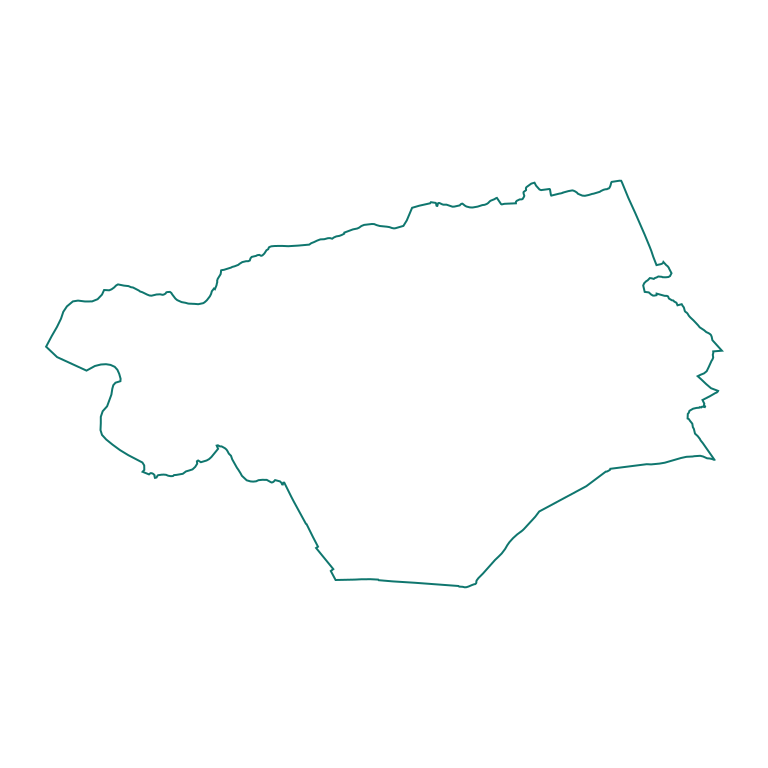 the district of Damienesti, Bacau, Romania
{"feature_id": "2599482B59619146146523", "entity_name": "Damienesti", "entity_type": "district", "adm_level": 2, "iso_a3": "ROU", "parent_name": "Romania", "parent_adm1": "Bacau", "projection": "equal_earth", "projection_center": [27.01, 46.742], "detail": "fine", "context": "isolated", "style": "outline", "palette": "teal", "viewbox_px": 768, "rotation_deg": 0, "n_neighbors": 0, "source": "geoboundaries", "source_scale": "gbopen_adm2", "svg_char_len": 6101}
<svg xmlns="http://www.w3.org/2000/svg" viewBox="0 0 768 768"><path d="M646.7,464.2L651.1,464.4L659.5,463.6L664.8,462.7L681.0,458.0L686.5,456.8L692.6,456.5L694.3,456.2L700.2,455.8L703.1,456.5L707.1,458.3L709.8,458.5L712.3,459.1L714.1,459.8L714.4,459.7L702.8,443.1L700.6,440.4L700.0,439.1L697.8,436.2L695.0,433.6L693.9,429.0L693.5,428.2L692.9,427.3L692.3,423.7L689.9,420.7L689.0,419.3L688.7,419.0L687.6,418.5L687.8,413.9L688.7,412.9L689.5,410.8L693.1,408.7L696.6,407.9L699.2,407.7L699.6,407.2L700.3,407.2L700.7,407.4L701.4,407.4L701.8,406.8L703.0,406.7L704.8,407.1L705.1,406.4L703.9,405.3L704.3,403.7L702.5,400.0L710.1,396.1L715.6,392.9L716.6,392.6L717.8,391.5L718.1,390.9L711.0,388.2L706.1,384.0L701.5,379.6L697.7,376.2L700.7,374.7L704.0,373.4L706.7,371.2L708.7,367.1L711.6,360.7L712.4,359.6L713.2,357.5L712.8,354.8L713.3,352.9L713.2,351.4L721.9,350.7L712.4,340.2L711.7,336.8L711.0,335.1L710.4,334.4L708.7,333.2L706.3,332.1L704.1,330.2L699.7,327.3L698.2,325.4L693.5,320.4L690.2,317.3L688.8,315.7L687.5,313.5L686.5,312.5L685.6,312.0L684.8,311.0L684.0,307.9L683.5,306.9L682.6,305.8L681.7,304.2L677.5,305.3L676.4,302.7L674.3,301.6L673.3,300.5L671.9,300.3L668.9,298.5L668.1,296.5L666.9,295.9L664.5,295.8L656.6,293.6L656.5,295.2L654.3,295.6L653.0,295.6L651.1,294.5L648.8,292.4L644.7,291.9L643.2,285.5L644.2,283.2L646.2,281.2L647.6,280.4L649.8,278.1L651.6,278.3L653.8,278.9L654.8,278.1L656.7,277.4L658.3,276.5L661.8,276.8L662.5,277.2L665.7,277.3L668.4,277.0L670.0,276.1L671.5,273.2L669.1,268.6L668.7,267.6L667.5,266.1L666.3,265.2L663.4,262.0L663.1,262.8L662.4,263.5L660.7,264.2L656.5,265.1L653.3,256.9L651.3,250.9L649.7,246.8L644.7,234.7L635.5,213.6L628.3,197.8L622.1,182.7L621.2,180.8L619.5,180.7L611.7,181.9L611.3,182.4L610.4,185.8L609.5,187.7L608.7,188.5L607.7,188.7L606.9,189.2L605.4,189.3L603.5,189.8L600.8,191.1L599.8,191.8L593.5,193.7L592.2,193.9L588.7,195.0L584.9,195.8L582.3,195.6L579.4,194.4L577.7,193.6L577.2,192.8L575.3,191.5L573.6,190.7L572.3,190.4L568.4,191.1L563.7,192.4L562.9,192.6L562.8,192.8L560.8,193.4L559.4,193.6L551.3,195.6L550.9,194.9L550.3,191.3L550.0,189.5L549.8,189.2L549.4,189.0L541.1,190.1L539.5,189.5L536.1,185.7L534.5,182.7L531.3,183.6L526.5,187.1L526.0,187.9L525.9,188.5L526.1,189.6L526.0,190.2L523.7,191.9L523.5,192.4L523.6,193.6L524.3,195.8L524.0,196.7L522.6,199.0L522.2,199.2L521.3,199.4L519.7,199.4L516.8,200.8L516.0,201.7L515.8,202.6L515.9,203.3L504.5,203.8L501.8,204.4L501.0,204.0L496.9,197.9L496.0,198.2L494.4,199.2L490.7,200.7L489.7,201.4L488.2,203.0L486.7,204.0L484.6,204.8L482.3,205.1L477.7,206.6L472.6,207.5L469.9,207.4L466.4,206.5L465.0,205.7L462.5,203.7L461.9,203.7L460.8,204.2L459.7,205.4L454.3,206.6L452.5,206.7L446.6,204.7L443.4,204.7L441.9,204.2L440.5,203.5L439.3,203.0L438.3,203.1L437.8,203.9L437.5,205.4L437.3,205.9L436.6,205.8L436.3,205.0L436.1,203.7L435.7,202.9L430.9,202.2L430.1,203.3L419.3,205.7L412.1,207.8L406.8,220.4L403.4,225.9L395.5,228.2L394.0,228.4L391.9,228.0L389.4,227.1L386.9,226.7L379.8,226.0L376.6,225.1L374.2,224.1L371.9,224.0L364.1,224.9L361.4,226.0L359.2,227.6L357.3,228.5L352.9,229.4L344.3,232.6L344.2,233.7L341.7,235.0L339.3,235.9L336.3,236.4L333.8,237.5L332.2,238.7L330.0,238.1L327.9,238.2L324.3,239.2L320.3,239.4L317.1,240.6L314.0,242.1L311.2,243.2L309.3,244.6L298.2,245.6L288.3,246.2L281.7,245.9L274.9,246.0L271.4,246.3L270.0,246.8L268.9,247.4L268.2,249.2L266.5,250.2L264.3,253.6L262.4,255.4L261.1,255.8L259.3,254.9L257.3,255.2L256.0,255.9L251.7,256.9L250.5,258.3L249.8,260.5L248.2,261.2L246.1,261.2L242.3,262.1L239.4,263.9L238.4,264.8L234.6,266.3L232.3,266.9L231.0,267.6L224.0,269.8L222.0,270.1L221.1,270.4L220.9,272.4L220.6,274.2L217.7,278.9L217.1,280.9L217.3,282.0L216.9,283.3L216.5,285.3L214.9,289.2L214.0,288.5L211.8,291.3L211.1,293.9L209.9,296.3L206.9,300.2L205.4,301.6L204.3,302.5L203.1,303.2L198.2,304.2L194.9,303.9L188.3,303.6L185.5,302.8L181.6,302.1L177.2,300.1L175.4,298.6L172.2,294.4L171.3,292.9L169.9,291.9L167.1,292.1L166.3,292.4L165.5,293.6L163.7,294.6L162.5,294.8L160.1,294.3L156.5,294.5L151.5,295.7L149.5,295.5L147.2,294.6L142.3,292.2L140.1,291.5L138.8,290.5L133.0,287.5L131.0,287.2L128.5,286.1L123.9,285.6L118.0,284.4L116.2,285.4L114.1,287.5L111.6,289.3L109.2,290.3L104.1,290.0L102.0,294.6L97.6,299.2L92.1,301.4L85.2,301.5L78.0,300.6L72.9,301.4L66.9,306.4L63.3,311.8L61.0,318.7L57.0,326.9L51.7,336.1L46.1,346.7L57.1,357.1L86.5,370.6L94.9,366.0L100.9,364.5L106.0,364.2L110.5,364.9L114.7,366.8L117.4,369.8L119.2,373.8L120.6,378.8L120.4,381.2L115.5,382.7L113.3,385.2L112.3,388.8L111.4,394.6L107.1,406.3L102.7,411.2L100.8,416.8L100.8,423.2L100.5,430.1L102.0,434.9L106.2,439.5L112.5,444.6L120.0,450.1L128.2,455.1L142.4,462.5L144.2,465.4L144.3,469.9L142.6,471.8L149.0,474.4L149.9,473.6L150.9,473.1L152.3,473.4L153.4,474.0L154.6,475.3L154.5,476.1L154.7,477.1L155.0,477.9L156.5,477.5L157.4,475.9L158.1,475.2L161.6,474.7L163.6,474.6L166.0,474.8L168.1,475.7L170.4,476.1L172.2,476.1L173.2,475.9L174.0,475.1L176.5,474.9L182.8,473.8L186.0,471.4L189.1,470.5L192.5,469.4L195.2,466.9L197.2,463.7L196.9,461.3L198.1,460.5L200.9,462.2L206.6,460.5L209.1,459.1L211.4,457.0L218.1,448.8L216.7,445.6L217.9,445.3L220.0,446.4L221.6,446.4L224.9,448.2L226.5,449.6L227.6,451.3L228.8,453.6L231.0,455.8L232.2,459.3L236.9,467.7L238.3,469.7L240.5,473.2L241.9,475.8L246.7,480.3L250.5,481.4L253.2,481.6L256.1,481.3L258.5,480.2L262.3,479.8L266.8,479.9L270.9,482.2L271.8,482.5L273.0,482.1L273.8,481.5L275.1,480.1L280.0,481.4L281.4,482.8L282.1,484.4L282.8,484.5L283.4,482.7L284.3,482.7L291.4,497.0L293.8,501.6L305.9,523.8L306.6,524.2L313.0,537.1L318.0,546.7L316.1,548.0L333.3,569.1L330.8,571.0L335.6,580.0L354.8,579.6L360.7,579.3L370.5,579.2L378.2,579.6L378.7,580.2L392.9,581.4L415.4,582.8L458.5,586.0L459.2,586.6L462.7,586.8L464.7,587.3L466.4,587.2L468.6,586.5L471.6,585.2L474.0,584.3L475.2,584.1L476.0,583.4L476.3,582.8L476.4,581.1L476.7,580.4L478.5,578.0L483.0,573.5L495.1,559.9L498.7,556.5L501.7,553.5L505.1,549.0L507.3,545.2L509.4,542.2L513.0,538.2L517.2,534.4L522.3,530.6L523.9,529.1L535.2,516.8L539.2,511.5L586.3,486.2L605.8,471.6L606.8,471.6L608.6,470.7L610.1,469.7L610.3,468.8L646.7,464.2Z" fill="none" stroke="#0f766e" stroke-width="2"/></svg>